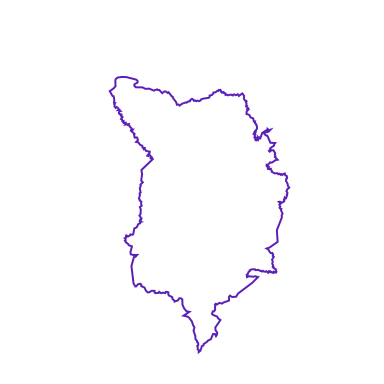 outline of Pedro Carbo, Guayas, Ecuador, rotated 146°
{"feature_id": "8360857B48061354733305", "entity_name": "Pedro Carbo", "entity_type": "district", "adm_level": 2, "iso_a3": "ECU", "parent_name": "Ecuador", "parent_adm1": "Guayas", "projection": "albers", "projection_center": [-80.292, -1.869], "detail": "fine", "context": "isolated", "style": "outline", "palette": "violet", "viewbox_px": 384, "rotation_deg": 146, "n_neighbors": 0, "source": "geoboundaries", "source_scale": "gbopen_adm2", "svg_char_len": 6013}
<svg xmlns="http://www.w3.org/2000/svg" viewBox="0 0 384 384"><g transform="rotate(146 192 192)"><path d="M235.9,84.8L236.0,85.7L235.0,86.1L233.7,84.7L231.4,84.8L229.5,82.7L227.8,82.8L222.0,81.3L220.1,84.3L218.5,84.9L217.5,82.6L214.0,80.5L210.4,82.1L193.0,83.0L184.8,84.6L186.7,86.8L188.2,87.3L192.3,90.5L194.0,90.7L193.6,91.6L192.6,91.8L192.7,92.8L191.8,92.7L189.9,94.1L188.3,94.1L187.8,94.9L185.8,94.5L183.1,92.8L183.1,91.8L180.6,90.4L179.4,88.2L178.4,87.7L178.5,87.1L177.2,86.8L177.3,86.3L175.4,84.6L174.6,84.7L174.0,82.5L172.8,83.2L172.5,82.5L171.8,82.8L171.5,81.5L171.1,81.7L170.2,80.0L169.0,80.2L169.3,79.3L168.2,79.3L167.4,78.2L166.6,78.6L165.8,81.2L166.9,83.4L166.3,84.4L166.9,84.8L165.7,86.2L165.6,87.6L163.9,89.3L163.4,91.2L160.5,92.5L160.8,93.8L159.6,94.9L159.6,96.6L160.4,96.8L161.1,98.2L160.9,101.8L161.7,103.4L158.6,102.6L148.9,102.8L143.0,112.9L131.8,120.6L130.6,122.6L129.0,123.5L128.4,127.1L127.5,128.0L128.1,128.4L128.2,130.0L127.0,130.4L126.7,132.6L125.0,132.8L125.5,135.2L124.7,134.9L123.3,132.9L120.8,132.7L120.3,133.9L119.8,134.4L119.5,134.1L118.5,135.2L118.5,134.6L117.9,134.9L117.5,134.3L115.0,136.1L114.8,137.1L113.8,137.3L113.2,138.4L113.3,139.8L111.5,141.0L109.0,141.2L109.1,143.3L108.1,145.6L107.9,148.6L106.6,150.2L105.8,150.1L105.2,150.6L104.5,152.3L105.3,153.6L104.8,155.3L105.7,155.1L106.3,156.0L107.6,155.7L108.1,157.0L108.9,156.7L109.5,158.4L110.5,158.5L110.7,159.8L113.0,161.2L114.6,164.1L114.0,164.9L114.0,166.7L114.9,167.5L114.3,167.6L116.1,168.9L115.6,169.8L114.2,169.9L114.7,171.0L115.4,170.7L115.6,172.0L114.8,172.9L113.8,172.1L110.5,172.9L109.5,171.7L105.0,171.7L103.0,170.9L103.7,174.8L102.6,175.2L102.5,176.7L101.3,177.6L101.2,181.2L103.1,182.2L105.0,182.0L105.2,183.1L103.0,183.5L102.8,184.5L98.0,184.6L97.2,185.6L95.7,186.1L99.5,189.0L98.2,195.7L98.2,196.9L99.2,197.7L99.5,200.0L98.6,200.6L94.7,199.2L92.2,199.8L93.6,200.2L94.1,202.1L94.9,201.2L95.1,201.6L100.9,201.7L104.0,199.2L105.0,199.2L105.5,198.2L106.2,198.6L106.1,199.8L106.9,199.7L106.9,200.4L108.4,198.1L109.1,198.9L110.0,198.9L110.3,199.7L109.7,200.0L109.8,202.3L109.4,202.5L108.7,201.7L108.6,203.7L107.6,204.2L108.2,205.3L107.4,205.2L107.5,206.0L106.7,206.0L106.9,206.6L105.8,207.2L105.3,206.5L104.4,207.5L102.8,208.1L101.3,210.3L101.4,211.5L100.8,212.3L101.3,213.8L100.2,215.2L101.3,215.9L100.1,218.8L101.7,221.0L101.4,223.8L103.2,226.3L101.5,228.3L99.9,228.6L100.0,229.5L99.1,229.2L99.2,230.0L98.5,230.1L99.2,232.7L98.4,232.9L98.7,233.4L97.4,234.7L97.1,236.3L96.1,236.6L96.1,237.3L96.9,238.1L96.8,240.5L95.0,242.5L95.2,245.6L99.4,245.4L99.4,247.4L101.6,247.8L102.4,249.3L103.5,249.6L104.1,249.2L105.3,251.0L108.2,252.1L108.7,253.3L109.9,253.7L109.2,255.0L110.0,255.9L109.9,257.2L110.3,257.5L110.9,257.1L111.9,257.9L111.3,260.7L112.4,260.9L112.6,261.5L113.6,261.1L114.2,261.7L116.8,261.5L118.6,262.5L119.2,261.8L121.1,261.3L123.5,262.1L124.1,261.1L125.4,260.7L130.4,263.1L132.6,263.7L133.7,263.1L135.4,263.4L136.5,264.8L137.7,264.9L138.4,266.4L139.3,266.4L139.6,268.8L140.1,269.3L142.6,269.0L143.0,268.4L145.4,269.4L146.3,269.0L147.1,269.7L150.7,270.7L154.0,270.6L154.3,272.1L155.7,272.8L154.9,275.4L155.2,280.5L154.7,281.7L155.3,282.6L155.6,287.7L156.7,287.6L157.4,289.7L158.6,290.8L161.4,290.6L162.1,294.9L163.1,295.4L163.4,296.5L166.9,297.4L169.7,301.6L173.0,303.6L174.4,306.3L180.1,310.3L180.4,312.2L180.0,313.1L178.7,313.5L176.5,313.1L175.4,313.7L175.0,314.9L175.6,316.6L182.2,324.0L185.8,326.6L189.7,328.5L191.9,328.3L193.1,327.5L196.2,322.5L199.1,321.7L203.8,321.6L204.2,316.1L203.4,315.1L205.5,310.8L206.4,310.2L206.8,310.7L206.4,309.5L206.9,309.0L206.3,308.7L207.3,308.2L207.3,307.5L208.4,306.3L208.3,304.4L206.8,304.5L206.3,302.5L206.7,301.3L207.2,301.2L206.2,300.7L206.6,300.1L206.1,299.1L207.3,299.4L208.3,298.7L208.6,297.3L207.1,295.8L207.4,295.1L208.1,295.1L207.7,293.2L208.6,293.3L208.8,292.6L210.0,292.1L209.4,291.2L210.1,289.8L209.1,289.2L210.0,288.3L209.6,288.0L209.9,287.3L208.3,286.5L208.9,286.0L208.5,285.2L209.3,285.0L206.5,283.7L207.5,283.1L206.7,282.1L207.0,281.0L206.5,278.3L207.9,277.4L206.3,276.7L208.1,276.0L207.2,272.3L207.9,272.2L209.1,269.1L207.2,268.1L207.1,267.3L207.9,265.2L210.3,264.7L208.7,263.0L208.7,260.3L207.4,258.2L208.1,256.5L206.8,255.2L207.9,254.9L208.1,254.3L207.0,253.9L207.1,251.7L204.5,249.1L205.3,248.1L208.8,247.1L208.2,246.2L206.4,246.5L206.2,244.4L207.5,243.3L207.2,242.6L206.0,242.9L206.1,241.2L221.6,238.5L223.5,234.6L227.5,230.1L227.8,229.3L227.4,227.5L230.6,227.0L230.9,225.9L233.1,224.4L234.9,220.3L236.2,220.2L236.8,218.6L239.7,216.2L239.7,214.5L240.1,214.1L239.4,212.4L240.9,210.5L241.4,208.8L243.6,208.7L244.2,206.2L247.1,202.4L248.8,201.8L248.6,198.4L249.5,197.7L250.2,198.2L251.1,197.5L250.6,197.1L251.5,196.7L251.0,195.9L251.5,196.1L252.4,195.1L254.6,195.4L257.7,193.6L260.1,194.1L264.4,189.8L265.5,190.0L266.8,191.3L267.7,190.7L269.4,190.7L270.8,192.8L271.4,192.4L271.3,191.3L273.6,191.3L273.3,190.2L274.1,189.0L274.8,189.1L274.9,187.3L274.0,184.5L274.2,183.3L272.2,180.5L276.8,176.4L277.6,174.6L275.8,172.5L272.7,170.5L275.2,169.9L276.6,170.5L283.6,164.5L291.6,148.9L291.8,145.4L291.4,145.0L288.2,145.7L286.0,144.7L286.0,143.1L286.7,142.4L284.8,139.3L285.4,135.8L284.8,133.4L283.5,132.8L280.5,132.6L278.4,131.0L279.1,130.4L279.0,128.7L276.1,127.0L275.0,127.6L274.2,125.4L272.2,124.7L270.7,123.1L269.4,123.8L268.1,122.7L267.7,122.0L268.9,120.4L269.0,119.1L267.2,115.9L268.0,114.2L267.3,111.6L267.7,110.9L264.2,110.0L262.1,111.0L260.5,109.9L260.1,108.4L262.8,104.1L263.6,100.3L263.3,96.3L261.2,94.1L268.2,94.2L265.4,91.2L264.7,89.7L264.5,84.7L265.6,80.9L265.7,78.4L268.3,76.1L269.8,70.7L271.4,68.1L271.1,65.5L271.7,64.5L271.3,63.5L272.4,61.6L273.8,61.4L273.8,60.5L275.2,58.5L275.0,56.8L275.9,55.5L273.7,55.7L273.0,56.7L272.1,56.9L270.0,58.7L268.3,58.4L267.4,59.4L263.6,59.4L261.7,59.9L258.6,59.4L254.0,62.5L252.3,61.3L252.7,59.1L251.1,59.8L249.7,61.3L249.8,64.2L248.5,66.6L240.0,70.0L241.0,72.6L240.8,74.7L243.3,78.3L243.6,79.9L241.2,81.4L240.4,80.7L238.7,81.4L237.1,84.0L235.9,84.8Z" fill="none" stroke="#5b21b6" stroke-width="2"/></g></svg>